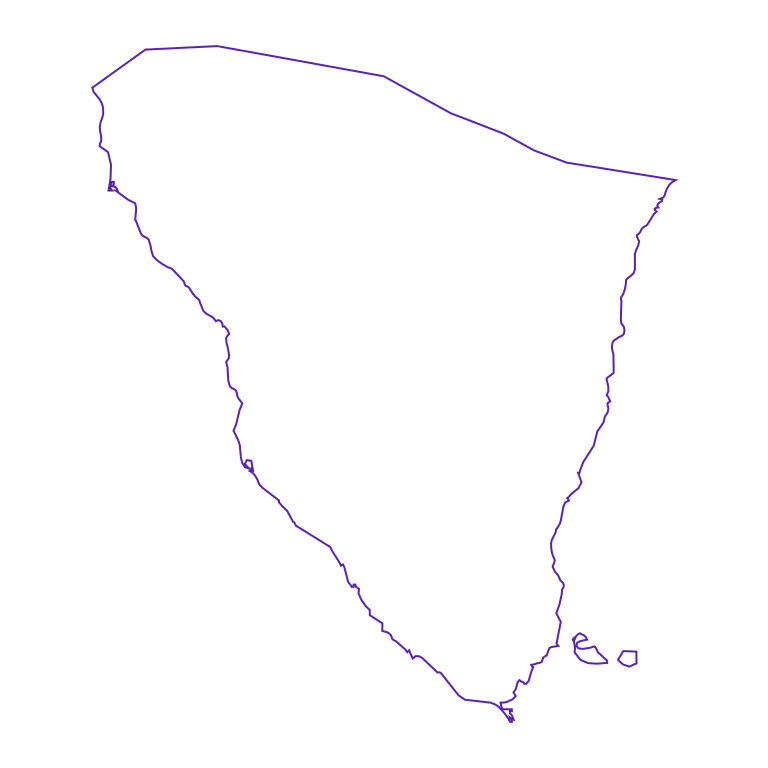 an SVG outline of Janub Sina'
{"feature_id": "EGY-1557", "entity_name": "Janub Sina'", "entity_type": "Governorate", "adm_level": 1, "iso_a3": "EGY", "parent_name": "Egypt", "parent_adm1": "", "projection": "robinson", "projection_center": [33.959, 28.827], "detail": "fine", "context": "isolated", "style": "outline", "palette": "violet", "viewbox_px": 768, "rotation_deg": 0, "n_neighbors": 0, "source": "natural_earth", "source_scale": "10m", "svg_char_len": 4795}
<svg xmlns="http://www.w3.org/2000/svg" viewBox="0 0 768 768"><path d="M675.7,180.1L673.0,181.6L670.8,183.3L668.9,185.5L667.1,188.4L665.6,191.9L664.8,195.1L663.3,197.5L660.0,198.9L660.9,199.1L661.7,199.2L662.1,199.6L661.9,201.2L659.7,202.3L658.0,203.9L657.3,205.7L658.4,207.5L655.9,207.9L654.7,208.8L654.9,210.0L656.6,211.5L653.6,214.5L647.6,224.3L646.3,225.6L643.5,227.1L642.2,228.3L641.1,230.1L640.3,231.9L639.0,233.6L636.9,235.0L636.9,236.9L639.1,241.1L638.3,245.5L636.2,249.8L634.9,253.7L634.9,269.5L633.5,273.3L630.5,276.1L627.5,278.3L626.1,280.1L625.8,284.4L624.8,289.4L623.2,294.1L620.8,298.0L621.4,301.5L620.8,320.2L621.3,323.1L623.9,326.9L624.5,330.6L623.7,334.2L621.8,335.9L619.4,336.8L613.5,340.8L612.6,342.4L611.9,346.5L612.0,348.4L613.4,354.6L613.7,372.9L606.7,378.2L606.7,380.1L607.5,382.9L608.3,387.1L608.3,391.5L606.7,395.2L607.7,396.3L608.5,397.6L610.2,401.3L607.8,402.9L607.4,404.6L608.0,406.5L608.4,408.7L607.8,412.0L606.6,414.1L605.4,415.6L604.8,417.1L603.4,422.6L597.3,431.5L593.7,445.8L583.2,462.2L579.9,471.0L579.6,471.8L579.6,472.6L579.3,473.1L578.1,472.9L581.5,482.3L578.4,488.3L572.4,493.0L567.2,498.3L568.0,499.0L568.9,500.6L565.3,502.4L563.4,506.5L560.9,520.1L560.0,523.5L556.9,528.6L556.4,528.8L555.6,532.4L551.8,540.0L551.0,543.6L551.3,548.8L552.0,552.8L553.1,556.2L554.6,559.6L554.6,561.5L552.6,566.7L554.8,571.3L558.2,575.5L560.5,580.5L563.0,582.9L563.7,584.6L563.7,586.9L563.0,588.2L562.3,589.1L562.0,590.1L561.8,593.9L559.4,604.7L556.3,613.3L560.8,621.9L556.5,643.6L558.4,645.9L551.6,647.0L549.5,648.0L548.6,649.8L547.8,652.6L546.7,655.3L543.3,657.4L541.7,661.9L539.5,662.9L537.5,663.2L533.9,664.4L531.3,664.8L531.8,666.1L531.9,666.4L532.1,666.5L533.2,667.1L531.3,671.8L528.6,681.1L526.0,683.9L524.3,683.9L523.4,682.3L521.2,681.5L519.5,680.1L517.7,682.0L515.9,688.8L513.5,692.3L515.7,696.1L512.4,699.4L507.2,701.8L503.7,702.6L501.3,702.4L500.6,702.6L501.6,707.4L502.4,709.2L511.9,709.3L511.9,711.2L509.9,711.2L509.9,713.3L511.3,714.6L512.2,716.0L513.5,719.6L511.0,718.3L509.9,717.5L510.3,718.7L510.3,719.3L510.6,719.5L511.9,719.6L511.9,721.9L510.0,721.9L508.7,719.2L504.1,712.8L499.1,707.3L496.8,705.4L494.2,704.0L490.2,702.6L465.0,699.7L458.7,695.5L441.1,673.3L439.7,672.3L437.5,672.5L422.5,658.2L419.2,656.3L415.7,656.1L412.7,658.5L409.1,650.3L407.3,652.2L405.0,649.2L395.9,641.2L393.7,640.1L393.0,639.6L392.0,638.3L391.1,635.6L390.2,634.4L388.4,632.9L386.4,632.0L382.3,631.0L382.4,623.3L369.9,615.3L369.7,609.8L366.0,606.5L361.6,600.2L358.5,593.5L359.0,589.0L357.8,588.0L356.7,587.4L355.8,586.5L355.3,584.6L353.6,584.6L353.6,586.9L351.7,586.9L350.9,585.4L348.6,582.6L348.1,581.7L344.2,566.6L342.8,564.4L341.0,565.7L338.9,561.6L332.8,552.0L330.2,547.0L296.0,525.7L294.3,522.5L293.2,522.0L287.2,510.9L282.1,506.0L279.0,502.3L279.1,500.6L262.3,487.7L259.6,484.8L258.4,482.5L257.6,479.9L255.4,476.1L252.5,472.6L249.5,471.0L251.1,468.7L251.1,471.0L253.1,471.0L251.3,460.9L246.9,460.1L244.7,464.2L249.5,468.7L245.1,467.2L242.3,463.2L240.9,457.6L239.8,445.2L238.1,440.0L233.5,430.7L236.1,424.6L239.5,410.4L242.3,403.4L239.1,399.3L237.6,396.9L236.2,390.7L234.3,389.2L232.0,388.3L230.0,386.6L228.3,380.9L227.5,367.2L226.4,363.3L226.4,361.4L228.7,358.5L229.1,355.9L228.1,348.8L227.6,347.1L226.5,342.7L226.1,338.1L227.3,336.0L229.2,333.9L227.4,329.8L224.4,326.4L222.8,326.6L222.2,323.3L220.7,321.0L218.4,320.1L215.8,321.1L213.1,317.5L206.0,313.5L203.3,310.8L200.1,303.0L199.6,301.2L198.8,299.5L195.0,296.4L194.1,294.9L193.3,294.4L188.9,287.5L188.1,286.9L186.0,285.9L185.2,285.4L184.8,284.5L184.1,282.0L183.6,281.2L171.8,268.6L167.7,267.2L161.9,263.8L156.4,259.7L153.0,256.0L151.5,251.1L150.3,244.7L148.5,239.2L145.1,236.9L142.6,235.9L140.9,233.4L135.7,220.3L135.2,220.0L136.2,208.6L135.2,203.3L128.2,199.8L115.5,190.5L117.5,190.5L116.5,188.2L115.4,187.1L114.0,186.6L112.1,186.2L112.7,185.6L113.4,184.9L113.9,183.9L113.7,181.9L112.1,181.9L110.9,184.5L110.2,186.9L110.6,188.9L112.1,190.5L108.5,190.5L110.5,179.1L111.0,164.7L108.0,152.1L99.7,146.2L99.8,144.2L101.3,140.6L101.1,136.2L100.2,131.7L99.8,127.3L100.5,122.7L102.7,116.4L103.2,113.5L103.1,108.3L102.4,105.0L101.4,102.5L99.9,99.7L93.5,91.7L92.6,88.2L92.3,87.7L145.4,49.6L217.3,46.1L383.8,76.3L450.7,113.2L503.7,133.7L534.0,150.4L566.6,162.6L675.7,180.1ZM597.9,652.2L602.1,656.1L607.1,660.6L607.2,662.9L597.1,663.7L587.9,663.1L580.3,659.8L575.0,652.8L574.6,652.2L575.0,648.0L574.1,642.0L572.8,639.6L573.7,638.2L574.0,637.9L574.6,639.6L575.5,637.2L576.8,635.4L578.3,634.1L580.1,633.3L584.7,635.9L586.1,637.5L587.1,639.6L580.3,641.1L577.3,642.6L576.4,645.9L577.6,647.3L578.6,648.4L583.1,648.9L590.7,647.6L594.0,646.4L594.6,647.0L595.2,647.0L596.4,649.0L597.6,651.3L597.9,652.2ZM636.4,651.6L636.5,663.4L629.3,666.6L623.1,664.5L618.0,659.9L623.2,651.1L636.4,651.6Z" fill="none" stroke="#5b21b6" stroke-width="2"/></svg>